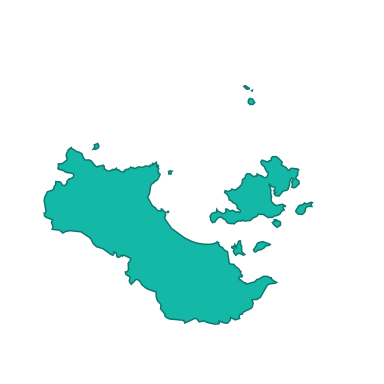 outline of Nha Trang, Khánh Hòa, Vietnam, rotated 309°
{"feature_id": "81297802B68033195953544", "entity_name": "Nha Trang", "entity_type": "district", "adm_level": 2, "iso_a3": "VNM", "parent_name": "Vietnam", "parent_adm1": "Khánh Hòa", "projection": "robinson", "projection_center": [109.244, 12.261], "detail": "fine", "context": "isolated", "style": "filled", "palette": "teal", "viewbox_px": 384, "rotation_deg": 309, "n_neighbors": 0, "source": "geoboundaries", "source_scale": "gbopen_adm2", "svg_char_len": 6065}
<svg xmlns="http://www.w3.org/2000/svg" viewBox="0 0 384 384"><g transform="rotate(309 192 192)"><path d="M175.0,314.7L174.4,311.6L174.4,308.5L175.3,307.7L174.3,306.1L173.9,303.7L172.5,301.8L171.0,300.4L166.3,298.7L164.8,297.5L161.7,297.3L154.4,292.1L155.2,290.7L154.3,290.0L154.2,284.5L153.6,283.9L155.3,282.2L156.9,283.1L157.0,283.9L158.3,284.2L158.9,283.5L159.0,281.0L160.9,280.2L160.9,278.8L161.7,276.5L161.5,271.9L162.2,270.3L159.7,266.3L168.0,257.0L167.3,254.6L167.5,251.8L168.1,250.8L167.4,248.9L167.6,246.9L168.2,246.3L167.9,245.5L168.4,244.7L169.5,244.6L168.9,242.8L166.9,242.4L163.1,239.4L159.3,234.7L155.4,228.1L153.3,222.4L151.6,215.1L150.8,198.9L154.0,188.1L155.3,186.8L157.6,186.0L159.4,184.0L159.8,179.0L159.2,178.8L158.2,179.8L157.4,179.6L155.9,176.7L156.6,173.4L156.4,169.7L160.0,160.8L163.9,160.0L171.0,155.9L173.1,155.7L175.3,156.5L177.2,156.2L177.7,157.0L180.6,157.5L185.5,156.2L185.9,155.7L185.4,154.0L186.6,153.5L187.2,152.0L189.1,151.6L189.8,149.9L189.6,148.8L190.7,149.7L191.1,149.0L190.3,148.7L190.3,148.1L191.2,148.5L190.9,147.7L192.6,145.5L190.7,145.4L189.4,143.4L188.7,144.5L187.3,143.6L186.8,142.6L185.8,143.3L185.0,143.1L184.5,141.6L182.7,139.3L180.3,138.3L177.7,134.5L174.0,132.7L173.7,132.0L174.0,131.1L173.3,130.7L172.9,128.8L169.7,128.3L168.4,126.8L166.3,125.9L165.5,126.7L164.4,126.0L163.4,124.6L162.9,122.4L163.1,121.2L162.0,119.2L162.9,118.3L160.4,117.5L159.4,115.8L158.5,116.0L155.6,114.0L154.9,111.1L155.2,108.6L156.7,107.7L157.1,106.3L152.8,102.8L152.2,103.1L151.6,101.9L151.4,100.4L152.8,93.9L152.0,91.6L149.7,89.2L150.0,86.6L152.4,82.4L151.8,78.6L151.0,77.9L150.2,71.4L150.6,70.2L147.2,69.3L142.4,70.5L140.9,71.5L139.2,74.0L137.8,74.6L132.4,73.3L129.6,70.4L128.1,72.0L126.0,72.8L125.7,74.0L127.7,78.2L127.9,81.5L131.1,87.2L131.1,89.2L129.4,90.2L127.8,90.2L124.1,88.0L121.3,88.2L120.1,89.3L116.8,89.1L115.7,86.5L116.8,84.6L116.7,82.9L114.4,79.6L111.6,81.5L109.4,81.5L107.0,82.7L105.6,82.3L101.1,79.5L94.9,81.0L92.3,82.5L85.1,90.7L83.9,91.2L82.5,90.4L80.6,92.5L80.5,94.4L82.7,101.3L79.8,101.9L77.5,106.1L75.0,106.8L79.0,113.1L78.8,117.4L81.8,118.7L85.1,121.4L91.2,130.8L92.2,142.2L89.7,147.9L89.4,152.2L91.9,158.5L92.5,168.6L92.9,170.0L93.8,170.6L96.5,169.2L96.6,172.2L94.8,173.9L94.5,175.4L96.0,176.7L98.5,177.0L98.9,177.5L98.4,178.3L100.0,178.8L101.9,186.0L100.4,187.1L96.4,187.3L91.6,191.6L89.4,191.8L87.8,190.5L86.3,192.8L87.1,197.5L83.6,199.1L82.8,200.1L82.1,202.9L88.2,203.4L89.0,203.7L89.8,205.3L89.8,207.4L88.4,211.7L88.3,216.2L88.9,219.5L91.7,227.2L88.5,229.6L85.8,233.5L85.0,238.8L81.4,241.1L80.4,246.5L78.3,249.8L78.7,252.8L79.4,254.8L86.3,265.1L86.8,267.0L85.7,268.9L96.0,274.0L96.4,276.0L95.6,279.3L99.5,282.6L100.0,285.5L103.3,292.3L106.2,295.7L107.0,295.9L108.5,294.1L110.8,300.0L112.5,302.2L116.8,302.3L118.8,300.9L119.8,306.0L123.7,308.6L125.2,306.7L127.2,306.2L128.5,307.8L131.1,307.5L138.6,311.0L140.5,311.2L144.1,309.5L146.1,306.3L149.2,310.0L153.0,311.4L167.5,309.1L169.8,310.5L173.3,313.9L175.0,314.7ZM217.9,221.4L215.0,219.6L213.9,216.9L212.1,217.7L212.3,220.9L210.9,224.2L209.2,225.9L210.0,227.8L209.5,230.3L210.3,234.1L209.8,235.5L207.8,237.5L208.2,241.1L206.6,242.1L205.8,241.6L205.6,240.1L204.2,239.1L203.2,234.8L201.0,233.7L200.8,230.2L200.3,229.1L199.8,229.0L198.0,231.0L195.7,230.5L194.6,229.6L193.4,224.3L194.1,222.2L191.7,223.6L187.9,220.9L184.5,221.3L181.8,224.6L181.1,227.3L182.9,228.6L187.8,228.4L189.9,229.3L191.0,231.0L190.8,233.0L191.5,235.4L190.3,238.7L191.4,241.6L193.0,243.2L193.5,244.6L197.6,245.6L199.1,246.7L200.2,248.5L202.3,249.1L202.1,250.6L206.6,255.3L210.3,255.8L214.0,257.7L216.5,257.6L219.5,261.7L220.0,267.1L223.0,270.6L225.1,271.0L227.0,272.8L230.0,274.2L233.8,273.8L236.1,275.0L237.0,272.3L238.3,272.3L239.3,273.5L240.0,273.3L239.2,269.7L234.8,266.4L234.1,264.4L234.4,260.5L235.5,258.5L238.5,256.7L240.5,254.0L243.1,252.2L246.5,246.8L246.8,247.0L246.3,250.6L247.9,253.4L246.7,254.5L244.5,254.6L244.0,257.4L243.1,256.5L242.4,256.7L241.7,259.0L243.6,262.2L249.9,262.1L252.9,264.5L254.3,264.9L258.7,263.4L261.3,261.5L265.4,260.7L266.0,263.1L262.7,263.1L260.6,265.7L258.6,266.4L259.2,268.4L261.0,269.5L265.9,270.1L267.8,268.2L267.7,264.9L268.5,263.5L271.8,263.4L274.5,261.3L276.5,260.9L276.1,259.0L272.9,254.2L269.3,253.4L270.2,249.7L269.3,244.4L272.0,243.3L272.7,237.3L272.5,235.2L270.3,232.5L268.8,232.1L266.4,233.6L264.9,232.3L263.0,232.2L260.9,226.4L259.0,226.4L257.3,228.6L257.2,232.0L254.8,237.2L254.7,239.2L253.5,240.1L250.4,240.7L248.6,239.1L248.3,235.6L247.3,233.8L247.2,231.2L245.0,232.2L243.8,230.7L242.5,230.2L242.6,225.6L241.0,223.3L238.7,223.2L236.5,224.4L233.6,223.4L230.3,225.4L227.9,225.9L221.9,224.9L220.0,223.4L219.5,221.1L217.9,221.4ZM248.3,283.7L242.8,284.5L242.0,285.1L241.6,288.4L243.9,291.8L247.0,292.3L249.0,291.7L250.5,290.5L252.5,290.6L254.2,291.6L256.2,294.3L257.4,292.1L259.5,292.2L258.6,290.6L254.8,288.7L254.3,286.3L252.0,286.2L249.5,284.1L248.3,283.7ZM175.8,258.9L174.9,257.3L173.7,257.8L174.2,261.0L172.1,261.3L170.9,263.4L170.4,265.8L173.5,266.5L174.7,268.8L175.1,271.5L176.6,272.4L176.9,269.1L177.5,267.6L181.1,264.7L182.2,262.3L184.5,260.5L183.7,259.4L182.8,259.3L180.4,260.3L177.8,260.4L176.6,261.6L176.6,260.3L178.1,258.3L175.8,258.9ZM194.6,275.6L193.1,275.1L189.5,276.0L185.8,276.1L184.8,278.1L185.6,279.3L188.1,279.8L190.7,282.0L194.3,283.3L196.4,283.1L199.2,285.7L200.6,285.7L198.0,278.2L194.6,275.6ZM223.6,274.8L222.2,273.2L221.9,273.3L221.9,275.0L218.9,273.6L218.1,276.2L218.1,280.4L221.9,281.6L224.1,279.9L224.4,278.9L223.4,276.5L223.6,274.8ZM299.2,177.9L296.8,179.5L296.6,182.0L298.3,184.2L301.0,184.5L302.3,180.5L301.2,178.2L299.2,177.9ZM170.4,88.2L167.0,86.4L166.0,88.0L163.0,88.3L163.9,88.9L164.3,90.2L167.6,91.4L169.2,90.7L170.4,88.2ZM308.2,171.7L308.8,171.0L308.1,169.0L308.5,168.4L308.2,166.5L306.7,165.8L306.3,169.8L308.2,171.7ZM194.2,161.2L192.9,161.0L192.4,162.1L191.4,162.6L192.2,163.2L192.4,164.2L193.0,164.3L194.4,163.2L195.6,163.4L194.2,161.2ZM161.7,186.5L162.0,185.6L160.6,185.2L160.5,185.8L161.7,186.5ZM308.3,175.2L309.0,174.8L308.2,174.6L308.3,175.2Z" fill="#14b8a6" stroke="#0f766e" stroke-width="1.5"/></g></svg>